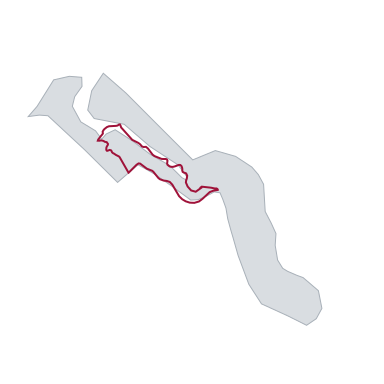 Lower River highlighted on a map of Gambia, rotated 44°
{"feature_id": "GMB-2154", "entity_name": "Lower River", "entity_type": "Division", "adm_level": 1, "iso_a3": "GMB", "parent_name": "Gambia", "parent_adm1": "", "projection": "equal_earth", "projection_center": [-15.76, 13.406], "detail": "fine", "context": "in_parent", "style": "outline", "palette": "rose", "viewbox_px": 384, "rotation_deg": 44, "n_neighbors": 0, "source": "natural_earth", "source_scale": "10m", "svg_char_len": 2490}
<svg xmlns="http://www.w3.org/2000/svg" viewBox="0 0 384 384"><g transform="rotate(44 192 192)"><path d="M45.7,168.2L75.7,166.7L112.0,167.4L151.6,168.1L170.2,168.4L180.0,146.0L198.6,136.1L217.7,132.5L227.6,133.4L238.1,136.7L258.2,155.2L270.7,159.4L281.3,163.6L288.9,172.6L300.9,181.5L310.3,183.9L316.0,182.6L325.3,179.1L331.4,176.4L351.5,175.2L366.3,185.5L369.4,196.8L367.0,208.3L347.2,214.5L319.7,224.2L297.0,218.9L269.4,205.7L253.2,196.3L246.5,192.5L236.4,186.5L227.6,180.0L219.1,175.8L212.7,173.1L207.9,176.5L205.4,184.5L201.6,193.4L196.7,198.7L173.5,201.8L152.8,205.1L141.6,207.9L134.2,210.0L131.8,236.8L108.3,236.5L85.2,236.2L61.2,236.7L35.4,237.2L28.8,242.7L21.8,251.5L21.1,238.1L14.6,207.4L23.4,194.0L33.0,186.1L39.5,192.4L41.4,204.9L46.4,213.5L63.3,218.8L80.1,215.0L90.3,216.7L90.0,209.8L93.5,200.6L113.8,196.6L135.4,194.0L157.5,188.5L174.8,188.7L180.0,187.2L178.7,184.8L163.2,182.2L130.0,188.5L96.2,190.4L70.6,207.1L60.1,205.5L49.5,188.8L45.7,168.2Z" fill="#d9dde1" stroke="#a8b0b8" stroke-width="1"/><path d="M209.1,172.6L206.4,176.3L204.8,179.8L204.3,189.6L203.6,194.0L201.2,198.2L197.8,201.2L193.9,203.1L190.0,204.0L185.7,204.0L172.8,200.4L169.1,200.2L166.3,201.5L163.6,203.5L160.0,205.1L158.1,205.3L150.1,204.3L148.6,204.4L143.3,206.6L135.0,207.6L133.7,208.6L133.2,210.9L133.0,222.2L132.9,222.2L115.7,217.2L114.7,217.2L111.5,218.2L109.1,218.6L108.3,218.9L107.4,219.0L106.7,218.9L105.6,218.4L104.7,218.3L103.5,219.0L102.7,220.8L102.3,221.4L101.5,221.4L100.7,220.9L99.5,219.4L99.1,218.3L98.9,217.3L98.7,216.5L98.2,215.8L96.0,215.4L94.3,216.5L93.0,216.7L91.8,217.3L90.7,218.1L89.8,219.4L88.6,220.5L88.1,219.5L87.6,215.2L87.5,213.4L87.3,211.9L86.5,211.2L85.9,210.8L85.6,209.9L85.3,208.6L85.3,207.3L85.7,204.4L86.6,202.4L91.4,197.2L92.3,195.9L92.6,194.3L93.2,193.5L94.3,193.8L96.2,194.8L112.8,196.0L119.2,194.0L121.4,193.7L122.7,193.8L123.4,193.9L124.0,194.0L125.1,193.7L126.0,193.2L126.6,192.5L127.1,191.9L127.5,191.5L130.0,191.3L137.7,192.5L140.1,192.2L147.0,189.4L148.1,188.5L150.3,186.4L151.4,186.0L152.6,186.5L154.3,188.8L155.4,189.4L157.1,189.3L158.3,189.1L159.4,188.4L160.8,187.2L161.8,185.6L163.7,181.7L164.8,180.7L166.2,180.6L167.7,181.2L169.1,182.2L170.1,183.3L171.3,184.0L172.6,183.7L173.8,183.1L174.9,182.7L177.2,183.6L178.6,185.5L179.7,187.7L181.0,189.4L185.1,191.1L190.3,191.5L194.5,189.2L195.7,182.7L195.1,182.7L195.3,181.4L202.8,175.6L205.7,173.8L207.2,172.4L208.1,172.2L208.8,172.3L209.0,172.5L209.1,172.6Z" fill="none" stroke="#9f1239" stroke-width="2"/></g></svg>